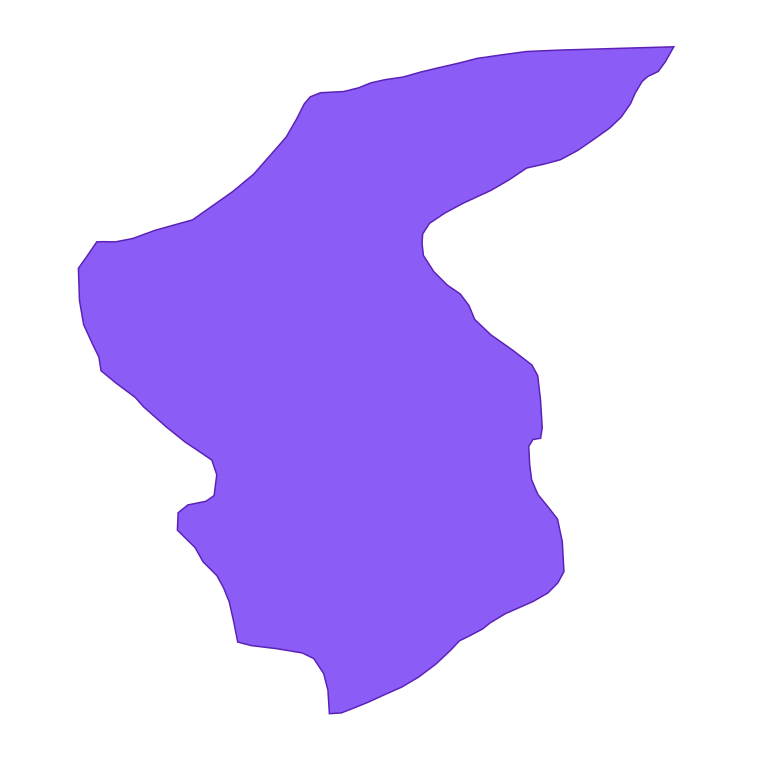 Mougoutsi, Nyanga, Gabon (Mercator projection), rotated 88°
{"feature_id": "22940354B37590085186432", "entity_name": "Mougoutsi", "entity_type": "district", "adm_level": 2, "iso_a3": "GAB", "parent_name": "Gabon", "parent_adm1": "Nyanga", "projection": "mercator", "projection_center": [10.923, -2.753], "detail": "fine", "context": "isolated", "style": "filled", "palette": "violet", "viewbox_px": 768, "rotation_deg": 88, "n_neighbors": 0, "source": "geoboundaries", "source_scale": "gbopen_adm2", "svg_char_len": 1587}
<svg xmlns="http://www.w3.org/2000/svg" viewBox="0 0 768 768"><g transform="rotate(88 384 384)"><path d="M257.7,685.4L290.1,685.4L314.2,682.1L334.4,673.7L347.1,668.0L360.9,666.3L373.9,651.6L388.7,633.1L398.4,625.1L419.5,602.9L435.3,584.5L446.7,568.7L454.1,558.7L468.8,554.3L489.6,557.7L495.0,566.1L498.0,584.2L505.4,594.2L522.8,595.6L540.9,578.5L555.3,571.1L569.7,557.7L581.8,551.6L596.2,546.3L617.4,542.3L636.8,539.2L640.8,525.8L644.8,500.3L649.9,475.2L655.9,463.8L671.3,454.4L688.1,450.7L711.6,450.1L711.2,438.0L701.8,411.8L695.1,395.7L687.4,376.6L678.0,359.5L665.6,341.8L652.3,326.6L643.3,317.6L638.6,307.1L632.1,293.8L626.3,286.1L617.8,270.8L606.4,242.3L598.4,227.3L588.8,217.2L577.8,210.7L547.9,211.3L525.1,215.3L513.4,223.7L499.7,234.1L484.9,239.8L469.8,241.2L451.4,241.5L444.7,237.1L443.7,229.4L433.3,227.4L405.8,228.1L381.0,230.1L370.2,235.5L355.2,253.6L338.4,275.7L322.6,291.1L308.9,296.2L296.8,304.5L287.4,317.3L273.3,330.4L256.9,340.1L244.8,341.1L235.4,340.1L225.1,333.0L215.3,317.3L205.9,298.2L194.2,270.3L184.5,252.2L173.1,233.8L169.7,215.7L166.0,199.9L157.3,182.2L145.9,164.4L135.9,149.3L125.5,137.6L112.4,127.8L102.0,122.8L90.6,115.4L85.9,109.7L81.2,99.0L71.8,91.6L57.1,82.6L56.4,195.2L56.7,230.1L59.1,254.2L61.8,279.4L65.8,297.5L69.8,318.3L73.5,336.4L77.9,354.2L79.9,372.3L82.6,386.7L87.2,399.4L90.3,414.2L90.5,426.0L90.7,437.3L94.4,447.6L101.2,453.9L115.6,461.8L133.9,473.2L169.7,506.9L186.4,528.5L200.6,550.2L213.3,569.7L222.3,607.1L229.8,630.0L232.6,647.4L231.9,660.3L231.9,666.1L245.7,676.2L257.7,685.4Z" fill="#8b5cf6" stroke="#5b21b6" stroke-width="1.5"/></g></svg>